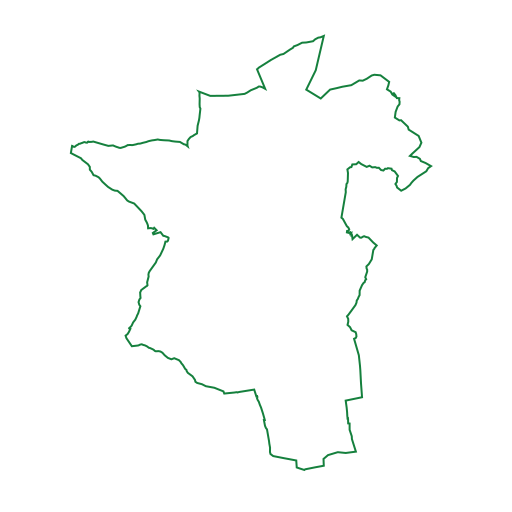 Valea Iasului, Arges, Romania, rotated 267°
{"feature_id": "2599482B81063931292533", "entity_name": "Valea Iasului", "entity_type": "district", "adm_level": 2, "iso_a3": "ROU", "parent_name": "Romania", "parent_adm1": "Arges", "projection": "natural_earth1", "projection_center": [24.709, 45.193], "detail": "fine", "context": "isolated", "style": "outline", "palette": "green", "viewbox_px": 512, "rotation_deg": 267, "n_neighbors": 0, "source": "geoboundaries", "source_scale": "gbopen_adm2", "svg_char_len": 5747}
<svg xmlns="http://www.w3.org/2000/svg" viewBox="0 0 512 512"><g transform="rotate(267 256 256)"><path d="M429.9,389.8L430.8,383.7L430.2,381.0L427.2,375.9L425.5,371.8L425.9,368.3L421.6,360.1L420.5,351.0L419.4,345.3L418.3,338.7L409.9,328.9L418.0,317.1L419.5,314.9L438.4,325.4L472.2,335.2L471.0,331.8L470.8,329.6L469.3,326.4L467.5,324.2L466.6,317.4L466.6,313.2L464.5,308.5L463.3,304.7L462.0,303.8L460.4,300.8L456.3,294.0L455.7,290.7L451.0,281.2L443.9,268.6L442.6,267.2L442.4,266.8L422.5,273.9L424.2,271.1L425.0,269.0L425.1,267.6L424.3,266.3L423.9,265.5L423.4,264.1L421.8,259.5L419.6,255.6L418.5,253.1L417.5,236.6L418.3,218.7L423.2,207.6L422.3,208.2L418.9,207.9L416.9,208.0L416.0,208.0L410.6,207.6L407.6,207.6L406.1,208.2L399.6,207.1L397.0,206.7L394.4,206.1L389.1,204.5L381.5,203.5L380.4,201.3L379.9,200.3L379.3,199.5L378.7,198.2L378.5,197.5L378.1,196.8L376.4,195.1L374.4,193.6L369.9,193.3L369.1,193.5L370.7,191.7L371.2,190.6L371.3,189.9L373.9,186.0L374.5,181.3L375.1,178.0L375.9,175.3L376.4,170.3L376.7,167.9L377.0,165.9L377.5,164.0L377.1,160.8L376.9,158.2L376.4,155.2L376.1,154.0L375.6,152.5L374.9,148.7L374.5,147.1L374.3,146.1L374.3,145.3L374.3,144.4L374.2,143.6L373.8,142.2L373.3,139.1L373.2,138.1L373.4,136.6L373.5,135.5L373.4,134.4L373.5,133.8L373.0,132.8L372.3,131.4L371.8,129.8L371.5,128.5L371.2,127.3L371.0,126.5L371.2,125.1L371.8,123.7L372.2,122.6L372.9,121.0L373.9,119.0L373.7,114.3L375.3,109.5L378.8,99.5L378.7,98.7L378.6,98.0L378.6,97.1L378.6,96.2L378.6,95.3L379.0,94.8L378.9,94.1L378.1,93.5L378.0,93.1L378.2,92.0L378.4,91.5L378.7,90.9L378.7,90.3L378.4,89.3L378.1,88.6L377.8,87.4L377.5,86.6L377.3,86.0L377.3,85.0L377.0,84.6L376.3,83.7L376.1,83.0L375.9,82.5L375.1,81.5L374.7,81.0L374.5,80.5L374.6,79.7L374.8,79.3L375.2,78.8L375.5,78.4L375.6,78.1L368.5,76.5L367.2,78.7L364.3,83.7L362.8,86.3L361.0,87.6L356.4,93.0L353.7,94.7L350.9,94.6L348.7,96.3L345.2,98.0L344.6,100.0L342.9,102.9L341.5,104.2L338.3,106.4L335.0,109.6L332.7,111.9L329.8,115.9L328.7,118.4L328.3,121.1L325.5,124.1L322.7,127.0L318.2,130.3L317.0,132.0L314.8,137.1L311.9,139.6L306.6,144.1L303.2,146.5L302.8,146.7L298.1,147.3L295.4,148.6L294.1,149.1L292.1,149.7L289.3,149.7L289.4,152.2L289.1,153.6L288.5,154.9L289.5,155.8L286.9,158.1L284.4,154.2L283.0,154.7L284.3,159.9L284.8,161.9L281.0,164.5L280.8,165.6L279.2,169.2L278.6,169.7L275.9,168.9L275.1,168.1L275.1,166.3L271.6,165.2L268.1,163.8L261.6,160.3L257.9,157.1L254.7,155.6L250.2,152.0L246.7,149.2L245.0,148.1L243.1,147.6L241.1,147.7L235.4,145.9L232.4,146.1L232.2,145.9L231.7,145.4L231.6,145.0L228.1,139.7L225.8,138.5L225.7,138.4L222.0,138.4L220.1,138.5L218.7,137.3L216.1,136.3L213.4,136.9L211.9,137.9L204.8,135.3L202.8,134.1L201.7,133.7L198.7,132.1L196.8,130.4L195.9,129.7L193.0,128.2L192.1,127.4L190.5,125.5L190.3,125.6L189.8,126.7L186.8,125.1L184.7,123.6L183.3,121.6L180.7,122.3L172.4,127.3L172.8,133.6L173.0,134.4L173.4,135.1L173.7,136.4L173.8,137.3L173.0,138.9L172.7,140.1L171.6,142.2L169.9,144.3L169.7,145.2L169.4,145.8L168.2,148.1L167.6,149.0L166.6,149.9L166.1,150.9L166.1,153.7L165.6,155.6L164.3,157.5L161.9,159.4L161.1,160.2L160.7,160.6L160.5,160.9L158.9,162.6L157.3,166.1L158.2,169.0L156.0,173.6L154.0,175.3L152.7,175.9L151.6,176.8L150.6,177.5L146.9,179.4L146.0,180.5L144.6,180.8L142.9,181.8L139.2,186.3L135.4,188.6L133.6,188.9L132.3,190.6L130.8,195.3L128.6,199.1L127.6,203.3L126.6,207.5L122.5,216.4L120.3,217.1L120.8,227.4L120.9,228.3L121.0,229.6L121.0,229.8L120.9,230.0L120.7,230.2L120.9,231.3L121.1,232.2L122.7,247.2L115.8,249.0L116.0,249.8L115.1,250.0L113.7,249.6L111.8,250.3L110.5,251.1L107.1,252.1L104.4,253.1L98.4,254.7L91.8,256.2L91.8,255.3L86.0,256.1L83.7,256.9L82.3,257.9L70.7,259.3L67.8,259.5L63.9,260.0L59.5,259.7L57.5,260.1L55.3,262.7L52.6,273.5L51.4,278.5L49.7,285.5L42.7,285.6L41.7,288.1L39.8,293.1L40.4,293.9L41.9,304.2L43.0,312.7L49.8,312.8L53.4,317.5L55.8,327.4L54.6,335.3L55.4,345.5L68.2,342.2L71.0,342.2L77.5,340.4L83.8,340.7L84.0,339.3L84.4,339.3L88.4,339.4L88.5,339.3L89.1,339.3L89.0,338.9L90.2,338.9L91.3,338.8L93.5,338.8L95.4,338.8L99.8,338.6L106.9,338.0L109.4,354.5L123.3,354.2L133.8,354.2L136.7,354.2L140.8,354.1L151.5,353.5L168.2,349.6L169.0,351.4L170.4,352.1L172.7,352.0L174.7,351.5L176.8,347.6L180.0,346.2L182.4,343.8L185.5,344.7L188.4,344.8L191.0,343.7L192.6,345.3L201.7,352.7L204.1,353.9L206.3,354.3L207.7,355.4L209.9,356.4L211.5,357.4L216.0,357.7L221.4,360.4L223.6,362.1L224.1,363.1L226.1,363.8L227.0,364.8L229.1,364.0L234.6,366.2L236.6,366.3L237.7,365.8L239.8,365.7L242.1,368.3L246.6,371.4L255.9,373.5L257.0,374.5L257.7,374.8L260.2,377.1L263.4,373.7L268.5,369.3L269.3,366.7L270.1,365.0L269.6,363.6L268.8,362.2L268.9,360.9L271.9,358.0L267.8,353.3L271.6,353.0L271.5,352.3L274.0,352.5L273.2,351.3L274.7,351.2L274.2,349.9L274.8,348.0L276.3,348.3L276.4,349.7L277.7,350.5L279.8,349.6L280.2,349.0L281.2,348.2L288.5,344.7L289.8,343.3L315.0,349.0L317.9,349.0L320.4,349.8L323.1,350.1L324.3,351.1L325.8,351.5L334.0,352.2L337.7,351.8L339.7,354.6L339.8,355.9L342.4,357.0L342.4,360.9L344.5,363.4L342.3,365.9L339.2,371.2L340.2,374.1L338.4,376.7L338.5,379.7L337.7,381.4L337.7,383.3L335.3,385.4L334.7,387.7L336.4,389.5L336.2,391.3L336.8,392.3L336.1,395.9L334.6,396.3L333.2,398.9L328.5,402.0L326.5,400.9L322.6,400.6L320.6,399.0L318.9,400.0L317.0,400.5L313.6,404.4L315.6,408.9L319.0,413.5L320.9,415.0L323.1,417.2L326.5,421.4L331.7,430.5L334.7,432.5L336.6,435.5L340.0,430.2L342.2,425.6L344.5,424.7L346.6,421.5L346.6,418.7L347.9,415.0L350.2,417.6L356.2,424.9L360.5,427.1L367.4,424.7L374.2,415.1L377.2,414.4L382.7,409.2L384.0,408.0L383.9,406.3L387.0,401.9L392.7,403.0L397.9,405.3L400.0,407.2L402.5,407.5L404.2,407.1L406.1,407.4L406.3,404.9L409.4,403.6L412.0,401.7L408.8,402.3L410.1,400.6L413.1,399.1L415.6,395.5L419.5,397.1L422.9,398.1L429.9,389.8Z" fill="none" stroke="#15803d" stroke-width="2"/></g></svg>